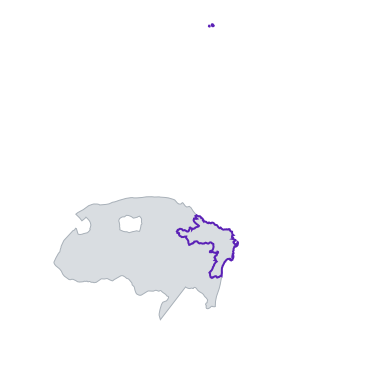 South Africa, with Western Cape highlighted, rotated 218°
{"feature_id": "ZAF-1189", "entity_name": "Western Cape", "entity_type": "Province", "adm_level": 1, "iso_a3": "ZAF", "parent_name": "South Africa", "parent_adm1": "", "projection": "orthographic", "projection_center": [20.981, -38.718], "detail": "fine", "context": "in_parent", "style": "outline", "palette": "violet", "viewbox_px": 384, "rotation_deg": 218, "n_neighbors": 0, "source": "natural_earth", "source_scale": "10m", "svg_char_len": 9354}
<svg xmlns="http://www.w3.org/2000/svg" viewBox="0 0 384 384"><g transform="rotate(218 192 192)"><path d="M235.1,47.3L240.8,47.1L243.3,47.7L246.2,49.2L249.0,49.9L253.8,50.0L255.5,50.4L256.7,50.9L257.6,51.7L258.7,56.5L259.5,61.6L259.3,63.2L259.5,63.9L260.6,66.1L261.0,67.5L261.7,68.7L263.0,74.3L263.1,75.2L262.0,88.2L261.2,89.7L261.4,91.8L260.6,92.0L256.1,88.8L255.3,88.8L253.9,89.7L252.6,91.1L251.9,92.3L249.3,95.6L249.0,97.8L249.0,99.7L249.8,99.9L250.2,101.3L251.3,103.7L253.3,105.3L255.2,106.2L258.0,106.7L260.1,106.9L260.1,105.4L261.0,101.5L264.6,102.4L269.9,103.0L269.3,105.5L266.8,111.2L265.0,117.6L263.0,120.8L262.0,122.1L259.2,124.2L257.8,124.9L256.7,125.0L251.9,129.5L250.0,131.7L248.3,135.0L246.7,136.8L244.2,140.7L240.0,146.4L236.6,150.0L235.2,151.1L234.2,151.5L231.6,153.6L227.9,157.0L225.0,160.1L220.8,163.5L218.4,165.0L214.8,168.0L213.9,168.4L209.9,171.1L207.0,172.8L202.5,174.6L200.7,175.1L196.6,174.3L194.8,174.5L193.3,175.7L193.1,177.6L192.4,177.8L188.6,176.8L187.0,176.9L186.1,177.8L185.3,179.0L183.1,179.0L179.2,177.6L174.6,176.6L173.6,176.5L171.3,177.4L170.5,177.5L167.3,177.2L165.5,176.6L163.7,176.6L162.4,177.0L160.8,177.2L156.4,180.6L154.2,180.6L152.2,181.0L148.8,180.5L147.8,180.7L146.8,181.4L144.5,181.6L143.6,182.2L139.7,185.4L138.1,185.0L136.0,185.0L133.7,183.4L132.8,183.5L133.1,183.0L133.1,182.1L132.3,181.2L131.4,181.3L130.9,180.5L129.5,180.5L128.4,180.7L128.1,177.8L127.5,177.5L126.1,177.5L125.5,177.6L125.2,177.9L124.8,178.6L124.9,180.6L124.4,180.0L123.8,178.8L123.6,177.5L123.7,176.0L124.8,175.4L124.4,173.4L122.7,170.1L121.6,169.4L120.8,167.7L120.0,167.1L119.6,165.9L118.8,164.9L118.5,163.4L118.9,162.5L119.6,162.0L120.3,162.8L121.2,162.4L122.3,161.3L123.0,159.6L123.0,156.9L122.8,155.2L121.7,150.9L121.2,149.9L118.9,146.9L116.2,142.9L112.8,136.4L111.1,132.6L108.4,124.8L106.2,120.4L103.4,116.4L103.1,116.1L103.4,115.6L104.8,114.6L105.4,114.3L105.8,114.4L106.1,114.1L106.4,113.5L106.6,112.0L107.2,110.4L107.7,109.7L109.0,109.2L109.9,109.8L110.3,110.3L110.5,111.1L111.0,111.4L111.6,111.4L112.1,111.8L112.4,112.7L112.4,113.4L112.0,113.9L112.1,114.4L112.6,115.1L113.2,116.6L115.7,117.3L117.1,117.4L118.5,117.7L119.8,118.3L121.9,118.4L124.8,118.0L127.2,118.1L129.1,118.7L130.5,118.8L131.3,118.4L131.7,117.8L131.5,117.0L131.9,116.5L132.9,116.2L133.6,115.6L134.2,114.6L135.5,113.8L137.6,113.2L138.6,113.2L138.3,71.9L142.1,74.7L143.0,76.0L144.9,79.8L146.8,84.6L147.1,86.9L147.0,87.4L145.1,90.5L145.0,92.1L145.3,93.9L145.7,94.8L146.3,95.1L147.6,94.6L149.7,95.1L153.6,94.9L155.6,95.1L156.1,95.0L156.5,94.6L157.0,93.5L157.5,93.2L159.3,92.7L160.2,92.1L161.5,90.0L165.4,87.2L165.9,86.5L168.4,79.7L169.2,78.7L170.3,78.1L172.5,77.6L173.8,77.9L175.1,78.6L176.6,79.6L178.9,81.5L179.7,81.8L182.0,82.0L183.4,83.3L187.7,84.3L188.9,84.3L190.3,83.7L192.5,83.8L194.9,83.5L196.4,82.3L199.4,75.0L199.8,73.3L200.1,72.9L202.4,72.2L205.2,71.7L205.8,71.4L207.6,69.4L210.0,67.8L211.8,62.0L212.9,60.7L213.6,60.1L214.0,60.1L214.6,59.8L215.4,59.1L216.3,58.7L217.3,58.6L218.0,58.2L218.4,57.4L218.9,57.1L219.7,57.2L220.2,56.9L220.3,56.4L222.1,55.3L222.1,54.8L223.2,53.6L225.2,51.8L227.0,50.8L228.7,50.7L231.9,50.0L233.1,49.1L233.9,47.9L235.1,47.3ZM224.6,135.3L227.3,134.5L229.3,133.3L229.9,130.9L231.5,129.5L232.2,128.2L232.7,126.3L232.0,124.1L230.8,123.4L228.7,121.5L227.8,120.2L226.5,119.1L225.7,117.8L224.1,118.1L221.6,118.8L220.1,119.6L218.8,120.6L216.5,121.2L214.2,124.4L213.5,125.1L211.7,127.4L209.3,128.4L209.2,128.9L209.9,130.9L210.9,133.0L211.9,134.7L211.8,135.7L212.2,136.5L213.2,137.1L214.8,139.3L215.6,140.0L218.1,140.6L218.5,140.6L219.3,139.4L219.5,138.6L221.4,136.1L222.2,135.3L224.6,135.3Z" fill="#d9dde1" stroke="#a8b0b8" stroke-width="1"/><path d="M174.1,176.5L173.6,176.5L172.0,176.8L171.6,177.0L171.4,177.4L171.5,177.6L171.6,177.8L171.8,177.8L168.6,177.5L168.4,177.0L168.1,177.0L167.9,176.8L168.0,177.0L168.3,177.4L168.3,177.5L167.8,177.4L167.3,177.5L166.6,177.2L166.1,176.9L166.0,176.5L166.0,176.4L165.4,176.2L165.6,176.6L165.9,176.8L165.7,176.9L164.5,176.4L164.0,176.4L163.7,176.5L163.2,176.9L162.8,177.1L162.4,177.2L161.1,177.1L160.2,177.3L159.9,177.5L159.6,177.8L159.5,178.0L159.8,178.4L159.7,178.5L158.3,178.8L157.9,178.9L157.7,179.2L157.7,179.7L157.4,180.2L156.8,180.6L156.0,180.8L155.6,180.8L154.6,180.6L154.0,180.3L153.1,180.6L152.9,180.8L152.2,181.1L151.8,181.2L151.4,181.1L149.5,180.5L148.6,180.4L148.1,180.4L147.7,180.6L147.8,180.6L147.1,180.9L147.3,180.9L147.6,181.1L147.7,181.3L147.6,181.6L147.4,181.6L145.7,181.3L144.4,181.5L144.0,181.7L143.7,182.0L143.0,182.9L142.7,183.0L142.1,183.4L141.8,183.7L141.6,184.1L141.2,184.1L140.9,184.3L140.2,184.8L139.9,185.2L140.0,185.5L139.5,185.8L139.1,185.6L138.1,185.0L136.6,185.0L136.3,185.2L136.1,185.3L136.0,185.0L135.5,184.8L134.7,184.0L134.3,183.8L133.8,183.3L133.6,183.3L133.3,183.4L133.2,183.5L132.8,183.5L133.4,182.6L133.5,182.5L133.4,182.2L133.0,181.5L132.7,181.1L131.9,181.3L131.4,181.2L131.1,181.1L130.8,180.6L131.0,180.5L131.3,179.9L131.1,180.0L130.8,180.4L129.9,180.4L128.8,180.7L128.4,180.9L128.2,180.9L128.1,180.7L128.1,180.0L128.4,179.5L128.2,178.7L128.6,178.3L128.2,177.7L127.4,177.5L126.5,177.4L125.7,177.5L124.9,177.9L124.6,178.2L124.6,178.5L124.8,178.8L124.9,179.2L124.9,180.2L124.9,180.4L125.1,180.6L124.9,180.6L124.7,180.5L124.3,180.1L124.1,179.7L124.1,179.2L123.9,178.8L123.8,178.7L123.5,178.6L123.4,178.3L123.4,178.2L123.6,178.0L123.7,177.5L123.8,177.3L123.5,177.4L123.4,177.2L123.7,176.5L123.9,175.8L124.2,175.6L124.9,175.5L125.0,175.1L124.9,174.9L124.7,174.6L124.4,173.2L124.1,172.5L123.3,171.7L123.2,170.9L122.9,170.3L122.6,170.1L121.6,169.4L121.6,169.2L121.6,168.9L120.8,167.6L120.4,167.2L120.0,167.1L119.6,166.5L120.0,166.3L120.3,166.7L120.4,166.8L121.1,167.6L121.3,167.6L121.0,167.1L121.0,166.9L120.8,166.8L120.5,166.5L120.4,165.9L120.3,165.5L120.0,165.4L119.5,165.4L119.6,165.7L119.2,165.9L118.9,165.2L118.7,164.3L118.7,164.1L118.8,163.9L118.5,163.4L119.0,163.0L119.0,162.2L119.6,162.0L119.8,162.0L119.7,162.1L119.8,162.2L120.3,162.7L120.7,162.8L121.1,162.7L122.6,161.2L122.8,160.8L123.1,159.4L123.1,159.0L123.1,158.2L122.9,157.7L123.2,157.3L123.2,156.8L122.8,155.3L122.6,154.1L122.4,153.4L122.4,152.6L122.0,151.9L121.9,151.6L121.7,150.8L121.5,150.4L120.3,148.6L119.8,148.1L119.6,147.7L119.1,147.3L118.8,146.7L118.5,146.5L118.2,145.7L117.7,145.2L117.2,144.4L117.7,144.5L117.7,143.3L118.2,142.6L118.3,141.8L118.9,141.2L119.1,140.4L119.6,140.0L119.9,140.0L120.9,140.5L121.8,140.0L122.2,139.3L122.6,138.5L122.8,137.6L123.3,136.7L123.8,137.0L124.0,136.7L124.3,136.4L124.8,136.3L126.5,137.5L127.2,138.4L127.6,138.8L128.6,139.1L128.6,140.5L128.3,140.9L128.5,141.6L128.3,142.4L128.7,144.5L128.9,145.1L129.3,145.6L129.2,146.1L129.4,147.2L129.4,147.6L129.5,147.9L129.8,148.1L130.0,148.8L129.9,149.8L130.1,150.8L130.0,151.3L129.9,151.7L129.7,152.4L130.4,152.5L130.8,152.8L131.0,152.6L131.5,152.6L132.0,152.3L131.9,153.1L132.3,153.4L132.6,153.9L132.9,154.0L133.1,154.1L133.4,154.0L133.8,154.5L134.1,154.5L134.1,155.4L134.3,156.2L133.8,156.8L133.6,157.1L133.8,158.0L134.3,158.9L134.1,160.2L134.7,160.8L135.3,160.6L135.1,160.0L135.2,159.6L135.5,158.8L135.6,158.6L135.9,158.7L136.4,158.5L136.6,158.2L137.3,157.8L138.0,157.7L138.5,157.6L139.4,156.9L139.7,156.4L140.0,156.3L140.6,155.7L140.8,155.6L141.0,155.7L141.3,156.3L141.3,156.7L140.6,157.7L140.0,158.2L140.0,158.7L140.2,159.4L140.4,160.3L140.9,161.3L141.1,161.9L141.3,162.2L142.0,162.7L142.5,163.3L142.7,163.7L142.9,163.8L143.3,164.2L144.0,164.0L144.5,163.8L144.8,163.8L145.1,164.0L146.1,163.9L146.8,163.3L147.0,162.7L147.2,161.6L147.6,161.2L148.3,160.9L149.3,160.7L150.1,160.4L150.6,159.3L150.8,158.7L151.4,158.4L151.9,157.8L153.0,157.4L154.0,156.8L154.3,156.2L154.8,156.0L155.1,155.9L155.5,156.0L155.9,155.9L157.2,156.3L157.8,156.1L158.4,155.7L158.6,155.3L159.2,154.7L159.4,154.6L159.7,154.2L159.4,153.5L159.6,152.3L159.7,151.9L160.1,151.9L161.3,149.0L161.6,148.6L163.4,149.6L163.7,149.9L164.2,150.4L164.6,151.0L165.5,151.4L166.1,151.7L166.8,151.8L167.2,152.0L167.9,152.0L168.7,152.4L168.8,152.9L169.1,153.4L170.4,152.2L170.6,151.8L171.3,150.9L172.0,150.6L172.4,150.1L173.6,150.2L174.3,150.0L174.6,149.9L175.3,150.0L176.1,150.5L176.4,150.8L176.5,151.0L176.4,151.2L176.9,151.6L177.6,151.2L177.9,150.8L178.2,150.7L178.5,150.7L178.9,151.4L179.7,151.6L179.7,151.9L179.7,152.0L179.5,152.4L179.4,152.7L179.7,152.9L179.9,153.2L179.9,153.4L179.7,153.8L179.3,154.0L179.2,154.5L179.1,155.1L179.0,155.4L178.6,155.6L178.4,155.9L177.0,156.5L175.7,156.1L175.4,156.2L174.9,156.6L174.5,157.3L174.2,157.5L172.7,157.7L172.2,157.9L171.5,157.8L171.1,158.2L170.7,158.6L170.6,159.5L170.8,159.9L171.0,160.4L171.0,160.8L171.0,161.4L171.3,161.7L171.4,162.1L171.8,162.5L171.4,163.0L170.8,162.9L170.1,162.9L169.3,163.2L168.9,162.6L168.9,163.3L168.8,163.6L168.2,163.8L167.8,164.4L167.7,164.8L167.4,165.2L167.5,165.7L167.4,166.2L165.7,168.8L165.6,169.2L165.7,169.6L167.2,169.7L168.4,169.6L170.6,169.7L172.3,170.1L173.0,170.5L173.5,170.9L173.6,171.7L174.1,172.3L174.0,172.6L172.2,173.3L171.5,174.1L172.4,174.2L172.6,174.1L172.9,174.2L173.2,174.3L173.4,174.6L174.5,175.2L174.1,175.9L174.1,176.5ZM278.0,335.2L278.3,335.2L278.5,335.3L279.2,335.6L279.5,336.1L279.5,336.5L279.3,336.7L279.0,336.9L278.8,336.9L278.6,336.8L277.7,336.6L277.3,336.5L277.2,336.2L277.2,335.9L278.0,335.2ZM280.0,333.3L280.1,333.1L280.4,333.0L280.7,333.0L280.9,333.3L280.9,333.6L280.5,333.6L280.2,333.5L280.0,333.3Z" fill="none" stroke="#5b21b6" stroke-width="2"/></g></svg>